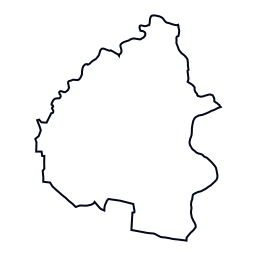 Caxhuacan, Puebla, Mexico
{"feature_id": "50627088B49115347423872", "entity_name": "Caxhuacan", "entity_type": "district", "adm_level": 2, "iso_a3": "MEX", "parent_name": "Mexico", "parent_adm1": "Puebla", "projection": "orthographic", "projection_center": [-97.605, 20.075], "detail": "fine", "context": "isolated", "style": "outline", "palette": "ink", "viewbox_px": 256, "rotation_deg": 0, "n_neighbors": 0, "source": "geoboundaries", "source_scale": "gbopen_adm2", "svg_char_len": 4832}
<svg xmlns="http://www.w3.org/2000/svg" viewBox="0 0 256 256"><path d="M186.5,240.6L186.6,238.7L186.6,237.7L188.1,235.8L190.4,233.0L190.9,232.5L191.8,231.7L193.5,230.1L194.7,228.5L195.7,227.2L195.7,226.0L195.5,224.9L194.5,222.6L193.5,221.0L192.7,219.3L191.8,217.3L191.4,215.1L191.1,213.9L191.0,212.1L191.2,210.2L191.3,209.8L191.5,208.0L191.0,204.5L191.2,203.2L191.3,201.9L191.6,200.8L192.1,199.7L192.5,197.2L192.7,195.7L193.3,194.4L195.2,193.3L195.4,193.2L197.7,192.1L200.9,191.3L203.7,189.9L205.4,189.0L207.2,187.7L208.4,186.8L210.8,185.3L213.1,183.2L215.1,181.3L216.6,179.6L217.4,177.3L217.4,175.0L217.2,174.0L216.9,172.3L216.4,169.6L215.9,167.7L214.7,165.8L213.5,164.4L211.6,162.2L209.6,160.3L209.0,159.7L206.8,157.7L206.4,157.6L204.2,156.6L203.0,155.4L202.4,154.7L200.6,154.0L200.3,153.9L200.1,153.9L198.3,153.4L196.5,152.6L196.2,152.3L194.0,150.4L193.6,150.1L192.2,148.9L191.2,147.2L190.7,146.4L190.3,145.6L190.0,145.0L189.8,144.5L189.5,142.5L189.6,141.7L189.9,140.2L190.2,139.0L190.5,138.1L191.1,136.6L191.7,134.2L191.7,133.4L191.8,132.4L191.9,129.9L191.9,128.7L191.9,128.4L192.3,125.4L192.5,124.4L192.8,123.0L193.2,121.1L194.4,118.5L194.7,118.2L195.6,117.2L198.8,115.5L201.5,115.0L202.0,115.0L203.6,114.4L204.3,114.1L204.9,113.9L206.0,113.5L208.7,112.3L209.7,111.8L211.1,111.0L212.8,110.4L213.8,110.1L215.6,109.2L217.7,108.1L220.7,107.0L219.8,106.2L219.5,105.2L218.3,104.3L216.9,102.9L215.7,102.4L214.3,101.3L214.3,98.7L214.2,98.5L214.0,98.0L213.9,97.6L213.3,96.5L212.6,95.3L212.3,95.2L211.6,94.9L210.2,94.5L208.9,94.6L207.4,95.0L206.2,95.4L204.9,95.7L203.0,96.4L200.8,96.7L200.7,96.7L197.8,95.9L197.1,94.8L197.2,94.1L195.3,91.8L194.6,89.9L194.6,87.3L192.5,84.9L187.6,81.8L188.5,79.0L187.5,70.8L188.5,69.8L187.9,65.4L187.9,63.0L187.5,59.3L186.5,57.8L186.2,57.4L184.3,55.3L181.4,53.1L178.8,49.7L178.0,47.3L176.4,43.1L176.5,40.5L176.4,37.5L177.1,36.5L178.4,36.1L178.9,33.7L179.0,32.8L179.2,31.6L179.1,29.7L178.5,27.7L178.5,26.3L178.1,24.8L177.1,25.2L176.0,25.1L173.9,24.7L172.5,24.3L170.9,23.8L169.1,23.1L167.4,22.8L166.0,22.2L164.4,20.5L163.1,18.6L161.7,17.4L159.2,16.3L157.5,16.0L156.0,15.6L154.3,15.4L153.0,15.5L151.6,15.8L150.8,16.7L150.2,18.2L149.8,20.6L149.8,21.2L149.7,22.8L149.5,23.9L149.4,24.3L149.0,25.2L147.8,25.3L146.4,26.0L145.6,26.1L144.4,26.1L143.0,25.8L142.1,25.6L141.0,25.4L139.8,25.9L139.5,27.5L139.9,29.1L140.5,30.8L142.9,31.1L144.5,32.0L145.4,33.4L145.1,35.6L143.5,37.5L142.0,38.3L141.0,39.1L139.9,39.3L139.7,39.4L137.5,39.0L136.6,38.9L133.7,38.4L130.8,39.2L129.1,40.3L128.7,40.5L126.1,41.3L125.2,41.6L123.9,42.1L121.9,43.2L121.1,44.0L120.5,44.8L120.4,46.4L120.8,47.5L121.1,48.8L121.5,50.2L121.5,51.1L121.3,51.7L121.3,52.3L121.0,52.8L120.7,53.3L120.4,53.7L119.9,54.1L119.2,54.6L119.0,55.8L118.0,54.3L116.0,53.4L114.2,52.2L111.4,50.7L110.8,50.3L109.9,50.7L108.6,50.5L107.1,49.9L106.5,49.7L103.7,48.6L101.8,48.7L100.7,49.9L100.3,50.4L99.5,53.2L99.1,54.4L98.7,55.5L96.1,58.8L94.8,59.6L93.0,60.7L92.2,61.2L91.5,61.9L90.2,63.1L89.1,64.1L87.8,64.7L86.8,64.0L85.1,64.5L83.6,65.8L82.8,67.5L82.3,69.3L82.1,70.8L82.1,71.6L82.0,71.9L82.0,74.2L81.2,76.1L80.3,78.0L79.1,79.4L77.9,80.0L76.5,80.0L74.2,79.8L73.0,79.7L71.4,80.4L70.3,80.8L69.1,81.0L68.2,81.8L68.1,83.2L68.7,85.8L68.9,87.7L69.0,87.8L68.3,89.4L67.5,90.5L66.4,91.4L65.2,92.1L64.0,92.1L62.9,91.8L61.5,91.2L60.2,91.2L59.3,92.0L59.2,92.2L59.2,92.8L59.8,94.3L60.5,95.0L60.7,96.4L60.2,97.6L59.2,98.3L57.5,98.3L56.0,98.5L55.8,98.5L55.1,98.7L54.4,99.1L54.2,99.3L53.0,100.6L52.3,102.2L51.7,103.3L51.5,104.5L52.1,105.1L52.7,105.4L53.1,106.2L52.9,107.0L52.3,107.4L51.9,108.2L52.2,108.7L52.4,109.1L52.8,109.8L53.3,110.8L53.3,111.8L53.1,112.5L52.6,112.9L51.2,113.3L46.6,122.6L43.5,122.5L41.3,122.2L39.1,119.6L37.2,120.2L38.6,124.0L39.2,125.4L40.3,128.7L40.8,130.3L38.8,136.0L35.3,138.9L36.5,142.4L36.4,144.4L36.4,145.3L36.3,148.3L36.2,150.3L36.2,151.6L40.1,151.6L41.6,151.6L42.2,156.0L44.3,155.9L44.2,160.8L44.2,164.1L44.3,167.8L44.3,168.8L42.7,170.8L43.2,176.1L43.3,176.6L43.3,181.8L49.7,182.5L50.1,182.6L52.4,186.3L52.7,186.7L55.8,189.5L56.3,190.0L58.7,192.0L59.1,192.4L61.3,194.3L61.8,194.8L62.3,195.2L62.6,195.4L63.3,196.0L63.9,196.5L65.4,197.6L68.7,200.8L72.6,203.9L75.7,207.0L76.8,206.6L78.2,206.1L79.6,205.6L81.4,205.5L84.1,205.7L85.2,205.7L87.2,205.6L91.3,204.7L93.8,203.3L94.6,201.9L97.3,205.1L99.3,207.4L99.5,207.7L101.3,209.2L104.3,210.5L104.4,208.0L104.9,205.3L106.3,202.1L107.1,200.5L108.4,199.0L120.2,200.7L133.3,204.0L134.4,210.6L134.5,210.9L134.3,212.4L132.4,212.6L132.3,215.2L132.2,216.5L131.9,221.1L131.8,223.2L131.4,230.0L131.9,230.1L134.8,230.6L141.8,231.9L145.0,232.5L147.8,233.0L154.2,233.6L154.6,233.8L155.9,234.5L158.8,236.0L160.8,237.0L163.2,237.3L163.8,237.3L165.4,237.5L166.6,237.7L167.1,237.8L168.9,238.1L171.1,238.6L173.7,239.1L176.8,239.4L178.8,239.6L181.5,240.0L182.7,240.1L186.5,240.6Z" fill="none" stroke="#020617" stroke-width="2"/></svg>